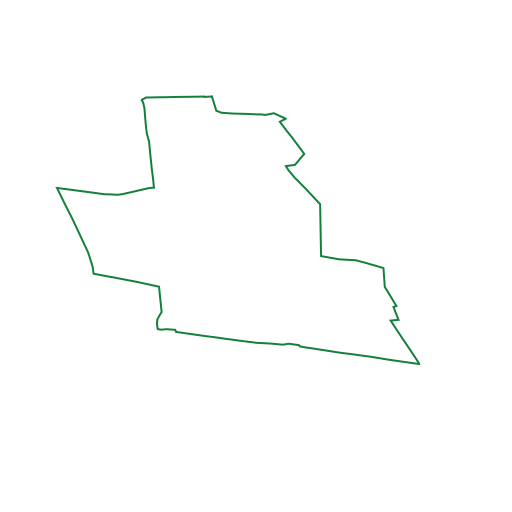 Olaine, Olaines, Latvia, rotated 42°
{"feature_id": "27541924B43954126847535", "entity_name": "Olaine", "entity_type": "district", "adm_level": 2, "iso_a3": "LVA", "parent_name": "Latvia", "parent_adm1": "Olaines", "projection": "natural_earth1", "projection_center": [23.924, 56.791], "detail": "fine", "context": "isolated", "style": "outline", "palette": "green", "viewbox_px": 512, "rotation_deg": 42, "n_neighbors": 0, "source": "geoboundaries", "source_scale": "gbopen_adm2", "svg_char_len": 3120}
<svg xmlns="http://www.w3.org/2000/svg" viewBox="0 0 512 512"><g transform="rotate(42 256 256)"><path d="M223.6,147.9L204.1,143.9L194.7,142.4L186.3,140.7L185.9,140.7L183.9,140.3L186.2,134.2L185.7,134.2L185.4,134.3L179.6,136.1L175.0,137.6L173.7,138.0L168.4,145.1L167.7,145.5L166.7,146.2L165.5,147.0L162.1,150.0L155.4,155.5L153.7,156.9L152.0,158.4L149.7,160.3L147.4,162.3L146.5,163.0L146.3,163.2L146.0,163.5L144.2,165.0L142.4,166.5L138.9,169.2L135.5,171.9L134.7,172.4L134.3,172.7L129.3,174.6L116.4,166.9L115.7,167.8L111.1,172.4L110.8,172.2L97.9,184.2L97.1,184.9L95.4,186.5L93.6,188.1L88.7,192.7L83.0,198.1L77.2,203.4L71.3,209.0L68.7,211.3L68.4,211.6L67.2,214.7L67.1,214.9L67.1,215.0L66.9,215.4L66.8,215.7L66.8,216.7L68.5,217.1L70.2,218.0L74.4,221.0L82.3,228.5L87.9,233.7L90.9,236.3L93.2,238.2L99.0,241.9L99.3,241.9L108.0,249.9L120.5,261.2L127.5,267.2L133.1,272.3L134.5,273.4L132.7,275.3L131.2,277.0L129.4,279.4L121.1,291.3L116.5,297.8L115.0,299.8L114.2,300.8L112.6,302.7L111.0,304.1L109.3,305.4L107.5,306.9L105.7,308.4L102.1,311.5L93.1,317.6L71.4,332.5L62.6,338.6L67.6,340.6L77.0,344.4L85.4,347.7L93.8,350.9L99.6,353.3L110.2,357.8L117.8,361.0L120.9,362.4L122.5,363.0L127.2,365.0L128.9,365.7L129.8,366.2L136.2,370.0L137.5,370.7L138.7,371.4L139.9,372.2L141.2,372.9L144.7,375.7L145.5,376.5L147.2,377.8L147.3,377.8L148.8,376.9L149.4,376.5L153.0,374.3L156.1,372.4L161.0,369.4L162.7,368.3L167.0,365.7L174.0,361.5L184.7,355.0L201.0,345.7L204.4,343.7L206.6,345.6L209.0,347.8L211.3,349.9L212.4,350.9L213.9,352.2L214.1,352.5L216.1,354.2L218.2,356.1L220.1,357.9L222.3,359.8L222.6,360.2L222.9,360.4L223.3,360.7L223.9,363.8L224.0,364.2L224.1,364.8L224.4,365.9L224.4,366.1L225.1,369.1L226.3,370.8L228.0,372.9L229.0,373.7L230.8,375.1L231.0,375.3L231.4,375.6L231.9,376.1L233.6,375.0L235.2,373.9L236.8,372.1L238.3,370.4L245.4,364.9L247.4,365.9L254.1,361.4L271.5,349.7L275.4,347.0L281.0,343.1L282.1,342.4L283.2,341.6L285.2,340.3L287.3,338.9L289.4,337.5L291.1,336.3L292.8,335.1L295.7,333.2L298.5,331.2L299.5,330.6L300.5,329.9L304.5,327.1L305.9,326.1L307.4,325.1L308.9,324.1L310.3,323.0L311.5,322.2L313.3,321.0L315.1,319.7L320.6,315.2L326.1,310.8L328.9,308.7L331.7,306.6L333.3,305.4L335.0,304.2L336.2,302.8L338.8,299.6L339.3,299.1L347.6,293.5L349.4,293.7L351.7,292.2L354.0,290.8L355.6,289.7L357.2,288.6L380.9,273.1L384.8,270.5L386.7,269.2L388.5,267.9L389.7,267.1L390.9,266.2L396.8,262.2L397.0,262.1L404.7,256.8L408.2,254.4L423.8,244.4L428.6,241.2L439.0,234.2L449.4,227.2L449.0,226.9L448.7,226.6L439.2,224.1L437.0,223.6L434.9,223.0L430.4,221.9L425.8,220.7L422.4,219.9L409.2,216.5L399.3,213.9L400.2,212.9L404.6,208.1L392.3,201.9L393.8,199.2L383.2,196.0L372.5,192.8L372.1,192.5L371.4,191.8L370.7,191.2L366.2,186.8L361.7,182.5L361.0,181.8L360.2,181.0L358.8,179.7L358.0,180.1L355.2,181.4L352.4,182.7L344.9,186.4L343.1,187.2L333.0,192.4L320.2,202.7L305.6,211.8L304.4,212.5L269.0,174.6L268.3,174.5L267.8,174.5L247.1,172.7L240.0,172.3L232.8,171.9L230.8,171.7L227.8,171.2L224.9,170.8L223.7,170.7L222.6,170.5L218.1,169.2L220.1,166.8L220.5,166.3L220.8,166.0L224.0,162.2L223.6,152.7L223.6,147.9Z" fill="none" stroke="#15803d" stroke-width="2"/></g></svg>